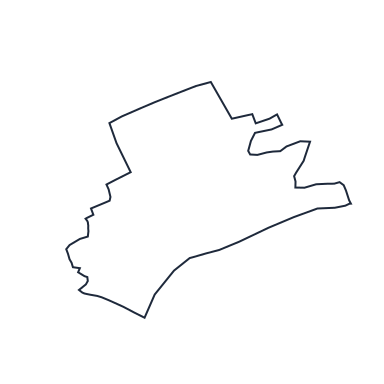 outline of Sisattanak, Vientiane [prefecture], Laos, rotated 247°
{"feature_id": "54806243B63933200485588", "entity_name": "Sisattanak", "entity_type": "district", "adm_level": 2, "iso_a3": "LAO", "parent_name": "Laos", "parent_adm1": "Vientiane [prefecture]", "projection": "natural_earth1", "projection_center": [102.629, 17.933], "detail": "fine", "context": "isolated", "style": "outline", "palette": "slate", "viewbox_px": 384, "rotation_deg": 247, "n_neighbors": 0, "source": "geoboundaries", "source_scale": "gbopen_adm2", "svg_char_len": 1398}
<svg xmlns="http://www.w3.org/2000/svg" viewBox="0 0 384 384"><g transform="rotate(247 192 192)"><path d="M94.8,99.2L112.2,117.6L125.7,142.9L126.7,144.8L132.1,164.1L131.6,167.5L130.0,180.8L128.0,194.5L127.9,206.6L127.8,216.1L129.2,248.3L129.1,275.9L127.8,301.0L121.7,317.3L119.5,327.8L119.7,332.3L119.2,333.7L123.0,333.4L133.1,334.3L139.0,334.3L143.4,331.7L144.1,326.1L146.5,320.4L150.6,309.3L152.0,297.2L155.7,288.9L161.2,291.4L166.7,292.2L169.2,295.5L177.1,307.0L179.8,309.3L192.2,320.3L196.4,311.5L197.0,296.8L195.1,289.2L197.6,282.3L199.2,276.3L200.6,266.7L203.8,260.2L207.9,259.8L216.0,266.2L221.8,273.1L221.1,276.8L218.5,289.7L218.6,301.3L220.6,301.1L230.2,300.6L229.2,292.1L230.3,277.5L240.1,277.9L240.8,274.2L243.9,257.3L285.9,252.3L288.0,237.2L288.3,227.8L288.6,217.7L288.9,206.8L289.2,193.0L289.2,178.2L289.0,157.0L287.7,142.9L266.4,141.6L234.2,143.3L233.1,126.3L232.3,116.2L227.0,116.3L219.3,115.0L216.2,112.8L216.2,108.0L216.3,92.6L209.6,92.3L209.2,85.1L209.0,83.6L206.3,84.3L204.8,84.3L202.9,83.7L201.9,83.5L199.0,82.2L196.3,81.3L191.7,78.7L192.6,70.5L191.0,58.6L188.5,53.9L183.6,53.7L177.9,53.0L173.9,53.5L169.3,53.0L165.7,59.0L162.6,55.8L156.5,60.2L154.6,62.4L150.8,61.3L148.4,58.2L146.0,49.7L142.2,51.8L140.8,53.2L140.7,53.2L139.2,55.3L137.2,58.2L136.3,59.6L133.4,64.1L130.4,67.7L124.8,73.2L113.2,83.9L104.0,91.4L94.8,99.2Z" fill="none" stroke="#1e293b" stroke-width="2"/></g></svg>